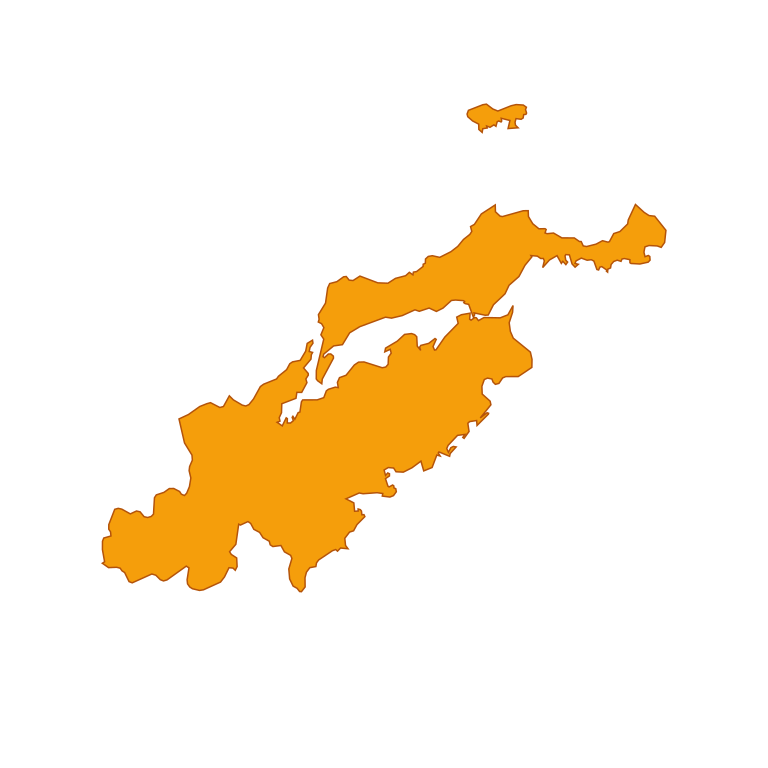 the Region of Stereá Elláda, rotated 305°
{"feature_id": "GRC-2989", "entity_name": "Stereá Elláda", "entity_type": "Region", "adm_level": 1, "iso_a3": "GRC", "parent_name": "Greece", "parent_adm1": "", "projection": "natural_earth1", "projection_center": [23.212, 38.602], "detail": "fine", "context": "isolated", "style": "filled", "palette": "amber", "viewbox_px": 768, "rotation_deg": 305, "n_neighbors": 0, "source": "natural_earth", "source_scale": "10m", "svg_char_len": 6156}
<svg xmlns="http://www.w3.org/2000/svg" viewBox="0 0 768 768"><g transform="rotate(305 384 384)"><path d="M378.9,300.3L376.7,302.4L371.5,302.4L367.7,304.1L368.9,307.4L366.3,307.7L362.5,309.9L351.0,308.9L349.2,315.8L347.9,316.9L343.3,317.1L340.9,320.1L329.9,321.4L327.2,317.4L321.8,320.1L309.2,311.6L301.7,316.5L296.3,317.5L293.9,320.1L291.3,318.4L291.3,324.7L300.2,323.3L300.2,324.7L296.6,327.1L298.4,329.8L302.0,330.8L304.0,327.9L305.3,327.9L304.0,331.2L311.3,330.1L312.8,331.2L322.0,326.6L324.3,326.5L332.7,338.4L338.3,342.5L345.3,340.7L347.8,341.5L353.5,345.9L354.8,348.6L358.6,344.9L363.7,343.9L369.4,347.9L382.6,348.8L387.3,350.6L390.6,355.0L396.3,373.2L398.9,375.7L402.5,376.1L408.6,372.2L413.4,372.2L416.0,369.2L410.8,366.2L414.3,364.7L426.7,370.3L436.4,372.4L441.1,377.6L442.0,380.8L441.5,383.7L434.1,389.5L432.6,394.8L434.5,392.1L436.7,392.0L442.9,397.3L450.5,399.7L450.5,401.2L442.8,402.7L440.8,405.9L441.8,407.0L457.4,406.9L476.2,410.0L480.5,405.2L485.1,407.6L491.4,413.9L486.2,417.0L486.2,418.7L490.5,420.2L491.2,421.7L490.1,425.0L495.8,427.8L504.8,441.2L511.7,445.8L522.3,444.7L516.5,448.2L506.0,451.4L499.6,457.3L495.7,463.6L494.1,485.6L489.1,491.1L482.4,495.6L467.1,489.7L459.9,479.5L457.0,477.7L450.4,477.8L447.6,475.4L448.1,472.3L450.0,469.5L448.2,465.4L445.2,463.6L438.3,465.5L432.1,470.2L430.8,480.8L428.3,483.5L411.4,482.3L419.6,484.9L420.0,486.5L419.2,486.8L403.4,484.0L407.2,480.8L402.3,475.7L399.9,475.2L393.9,480.9L385.4,480.8L385.4,479.2L389.1,479.2L384.1,473.7L370.5,471.7L367.1,472.4L365.0,475.9L370.2,475.3L372.6,476.6L373.8,479.2L365.0,478.1L362.4,479.2L359.9,468.0L358.6,468.0L357.2,471.3L356.1,468.0L343.2,471.3L335.6,466.4L342.0,458.5L331.5,455.0L322.9,450.4L319.0,444.2L320.7,440.1L318.0,435.4L313.6,433.4L310.0,437.7L313.3,438.1L313.6,440.0L311.8,441.2L307.3,439.5L302.6,445.8L302.6,447.2L306.2,449.0L306.2,450.4L304.6,451.8L305.0,453.7L302.8,455.9L298.0,455.8L294.8,453.7L291.2,446.9L293.6,445.8L291.0,440.7L282.1,429.8L280.5,426.2L268.1,418.7L269.3,427.5L262.9,432.9L265.1,435.7L266.8,434.5L267.5,436.7L267.0,438.4L264.2,440.9L265.5,442.5L264.4,444.4L253.3,442.5L246.3,443.3L242.9,440.7L235.1,440.4L229.7,445.1L228.4,449.0L224.7,442.5L220.4,441.8L220.7,439.4L217.9,437.4L202.4,431.4L198.8,431.3L195.4,432.9L191.0,428.6L185.4,428.4L180.0,430.4L172.5,435.8L166.5,435.5L165.6,433.9L166.8,430.0L166.3,425.5L170.2,418.5L177.9,412.1L188.3,408.6L190.1,405.8L189.4,398.7L192.6,392.2L187.1,386.2L187.0,383.0L189.4,380.2L188.7,373.1L191.1,367.2L190.3,360.7L193.3,354.8L193.3,351.5L186.1,347.3L185.8,345.4L167.7,354.6L158.0,353.7L156.8,356.7L157.0,363.1L150.2,368.4L146.1,369.0L146.6,365.9L144.6,362.4L134.5,364.0L128.0,363.7L111.9,354.2L109.1,351.3L106.4,344.5L106.3,341.3L107.6,337.7L110.7,335.0L121.5,329.7L121.4,326.5L99.0,318.6L96.2,316.3L95.4,313.0L96.5,306.8L95.2,302.8L76.7,291.8L75.9,288.5L80.8,279.7L80.7,276.5L81.8,273.5L80.5,270.1L75.6,263.7L75.6,256.1L78.1,257.1L86.9,248.3L93.7,243.6L97.1,242.8L102.9,247.5L106.0,244.8L107.2,241.8L111.0,239.2L126.9,235.3L129.7,237.6L131.1,241.0L132.1,250.7L138.0,254.1L139.4,257.5L137.7,263.6L139.1,267.0L142.0,269.3L145.2,269.8L159.2,261.2L162.6,261.1L169.0,265.9L175.2,268.1L177.8,271.7L178.7,278.2L177.5,281.2L178.2,284.5L181.4,285.0L188.3,283.5L196.2,279.7L201.2,274.1L204.9,272.1L211.7,270.7L215.6,267.5L221.3,254.4L237.8,236.1L246.8,241.3L259.9,246.0L266.3,250.2L269.2,252.6L270.6,263.0L273.5,265.4L285.6,264.1L284.6,269.7L285.4,280.0L286.7,283.4L289.7,285.2L296.9,285.7L311.0,284.2L314.8,285.5L326.5,293.1L329.8,293.1L339.9,296.0L346.6,295.2L349.7,296.4L355.3,301.8L366.0,301.0L373.2,297.8L378.9,300.3ZM675.3,487.0L673.8,498.6L674.0,504.5L676.7,509.5L671.6,526.8L660.9,532.7L654.9,532.7L653.8,528.6L649.4,521.6L646.0,519.1L641.1,521.3L638.0,524.8L640.9,526.8L640.9,528.6L638.1,530.9L635.3,530.5L629.1,524.8L624.4,517.2L624.4,515.9L626.9,514.1L624.6,508.9L622.9,507.3L620.4,507.8L619.2,504.0L616.1,501.9L612.2,501.5L609.0,503.0L606.5,501.5L603.9,503.0L604.0,501.5L605.1,501.3L605.1,495.1L603.6,493.8L600.5,494.4L599.9,492.7L605.1,485.4L604.7,482.5L601.9,479.4L600.3,473.4L595.0,470.7L592.3,471.3L593.5,474.5L589.3,473.5L590.2,469.2L596.1,461.8L594.3,458.7L592.8,458.8L589.7,461.8L589.2,464.5L586.1,464.5L587.1,460.1L584.5,460.1L588.4,452.1L580.5,448.4L570.4,447.2L576.8,444.7L578.2,442.5L576.7,440.4L576.7,436.3L573.5,430.7L572.9,432.2L562.1,431.4L549.4,432.9L536.6,429.8L527.3,431.4L511.7,428.2L500.3,429.8L498.4,427.5L493.9,417.0L492.6,418.6L490.1,418.7L497.8,407.7L496.4,404.4L496.4,402.7L497.8,402.7L497.8,401.2L493.8,394.4L491.1,391.3L480.0,388.8L473.5,385.3L472.1,377.4L463.8,371.2L462.5,366.8L450.5,359.7L442.3,352.4L439.6,346.9L417.1,331.3L406.2,326.5L392.4,327.4L386.3,320.9L373.9,317.5L371.4,318.4L371.4,320.1L376.6,321.2L378.1,323.2L377.8,326.5L376.2,327.8L352.7,330.6L348.5,332.9L348.6,327.7L349.3,325.6L356.3,320.8L386.2,308.9L388.1,304.1L395.7,302.4L397.6,298.3L397.1,294.6L399.8,293.7L403.2,290.5L416.7,289.7L430.3,282.8L435.1,281.9L440.8,286.7L448.6,289.4L450.4,291.4L449.1,295.9L451.0,299.3L458.6,302.4L463.3,320.9L468.8,329.4L477.1,332.8L485.1,339.6L490.0,340.7L490.0,345.1L492.5,343.9L494.8,346.2L502.7,348.6L504.6,347.4L506.6,348.6L510.2,346.3L513.9,347.1L516.8,350.0L519.7,357.0L530.7,362.9L539.0,365.5L548.0,366.2L555.8,368.5L559.3,368.4L562.6,364.6L566.6,366.5L579.1,366.2L594.5,372.4L589.0,376.5L588.1,382.8L589.1,385.0L605.8,398.7L608.7,402.7L604.0,406.3L600.6,413.9L600.0,421.9L603.6,426.8L603.6,428.2L600.1,429.3L600.7,431.4L604.9,436.3L605.7,445.9L612.8,456.1L612.8,462.3L613.8,463.8L611.4,468.0L612.8,471.1L620.2,477.5L626.7,480.8L628.7,486.2L630.0,487.0L639.0,485.9L644.2,489.8L654.9,491.8L658.4,490.0L675.3,487.0ZM688.7,332.0L692.4,338.1L692.4,341.9L690.0,342.5L687.7,345.4L686.3,345.6L684.8,343.9L681.7,345.4L679.5,344.5L677.1,339.9L673.6,341.2L671.4,343.3L670.8,346.9L664.4,339.1L672.1,336.0L668.9,327.6L666.9,329.6L665.8,329.6L665.2,327.0L663.6,326.3L659.3,327.9L659.3,325.4L655.1,323.6L654.2,320.1L652.9,321.7L649.8,318.5L646.4,320.1L646.9,315.7L651.2,312.5L650.3,305.7L651.0,299.3L652.8,297.2L656.6,296.2L669.5,304.8L672.0,307.4L671.7,315.4L672.9,320.7L684.8,328.5L688.7,332.0Z" fill="#f59e0b" stroke="#b45309" stroke-width="1.5"/></g></svg>